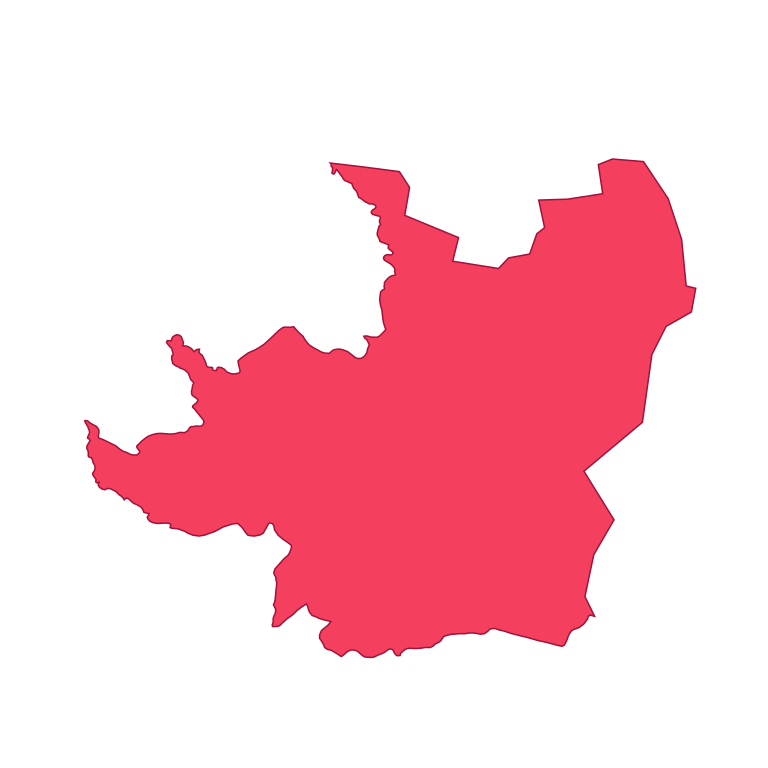 outline of Goris, Syunik, Armenia, rotated 193°
{"feature_id": "60910142B80914034873135", "entity_name": "Goris", "entity_type": "district", "adm_level": 2, "iso_a3": "ARM", "parent_name": "Armenia", "parent_adm1": "Syunik", "projection": "robinson", "projection_center": [46.432, 39.469], "detail": "fine", "context": "isolated", "style": "filled", "palette": "rose", "viewbox_px": 768, "rotation_deg": 193, "n_neighbors": 0, "source": "geoboundaries", "source_scale": "gbopen_adm2", "svg_char_len": 6171}
<svg xmlns="http://www.w3.org/2000/svg" viewBox="0 0 768 768"><g transform="rotate(193 384 384)"><path d="M486.1,587.2L484.9,586.3L484.3,584.1L482.9,583.5L482.4,581.4L482.1,577.6L480.3,577.2L479.5,578.0L478.6,582.3L477.3,581.5L473.0,577.7L471.3,576.5L469.8,574.6L468.1,573.5L460.4,572.0L459.6,570.6L458.8,569.6L457.6,567.8L454.7,566.0L453.2,564.4L452.4,562.9L450.6,560.2L447.9,559.4L443.0,557.1L441.6,557.1L439.8,556.3L438.2,556.3L436.1,556.8L432.9,556.4L431.7,555.1L432.2,553.0L434.2,551.1L435.1,549.4L434.8,547.8L433.3,546.8L428.6,546.4L426.3,546.5L425.0,545.6L424.9,544.0L425.2,542.4L424.8,540.6L423.2,538.9L424.4,536.6L424.6,529.9L423.9,527.2L422.2,525.5L421.4,524.5L420.0,522.0L417.9,521.6L412.8,521.0L410.6,520.6L410.7,518.0L410.2,516.9L404.8,514.4L405.0,512.3L406.1,511.4L410.5,510.6L412.3,509.0L412.9,507.3L412.5,505.8L411.3,504.7L403.9,502.2L400.3,499.8L399.1,498.1L398.9,495.8L397.4,493.1L398.2,492.3L400.4,491.4L402.2,490.1L404.0,487.8L405.8,484.6L406.4,482.7L406.0,481.2L405.9,479.0L405.5,478.7L405.0,476.4L406.9,474.9L408.0,473.1L407.7,469.2L407.0,464.7L405.1,459.9L402.6,455.4L400.8,450.1L398.5,444.0L394.5,437.3L399.0,429.9L401.3,428.0L407.2,426.8L411.6,427.0L414.4,426.0L413.2,424.5L410.7,423.3L407.2,419.0L407.9,414.2L407.8,410.6L409.1,407.1L411.7,404.0L415.0,403.0L417.3,403.1L423.1,405.7L426.6,407.4L432.0,408.1L435.6,408.0L440.3,406.3L442.6,403.9L444.3,401.5L449.4,400.8L452.7,401.2L460.5,403.4L465.3,405.1L468.8,407.5L471.8,410.2L473.6,412.3L478.6,415.0L485.0,419.5L488.0,418.2L494.3,416.9L495.6,415.9L498.4,412.7L504.5,403.4L509.9,395.6L513.4,391.9L517.1,388.4L523.3,383.8L529.1,377.1L531.4,373.8L531.0,372.3L527.0,364.0L527.6,362.1L532.5,360.0L535.9,359.7L539.8,360.4L543.0,362.5L546.1,363.4L548.9,363.1L550.0,362.6L550.1,361.1L550.6,359.5L552.3,358.9L554.1,359.2L554.7,361.3L556.0,361.5L557.8,360.9L559.9,361.0L561.1,361.9L562.7,365.0L565.8,369.1L567.8,371.2L570.2,372.3L571.5,373.4L571.6,376.4L573.1,376.0L574.9,374.9L576.0,372.9L577.1,373.3L579.5,375.2L583.0,376.3L585.4,376.6L586.9,376.1L588.7,376.0L588.7,379.2L592.0,384.3L594.1,385.5L597.0,385.4L599.1,383.9L600.5,382.3L600.9,380.2L601.1,378.3L604.9,377.5L605.3,375.8L603.3,373.8L598.5,370.5L597.9,368.9L596.8,367.2L596.0,365.4L597.1,363.7L596.6,361.0L596.4,360.3L595.5,358.7L594.4,356.4L590.8,354.8L588.4,354.5L586.6,353.7L583.9,353.4L581.1,352.8L577.1,350.5L574.3,346.3L573.5,344.9L569.7,342.5L569.8,341.2L570.2,339.2L569.9,336.3L570.0,333.7L569.1,330.9L568.2,329.8L565.0,328.5L562.3,327.2L561.6,325.7L562.4,323.7L565.3,319.9L565.3,318.2L563.3,317.2L551.5,307.9L551.0,306.0L551.1,303.8L552.2,302.1L554.3,301.4L558.0,300.7L560.1,299.7L562.5,299.0L563.6,297.7L564.8,294.1L567.4,291.7L571.9,291.0L575.8,288.9L580.1,287.3L590.3,285.7L594.5,284.5L598.0,282.7L601.9,280.2L605.0,276.7L607.5,273.5L609.2,270.6L610.9,268.1L610.5,266.5L606.8,263.3L606.9,261.8L608.9,259.2L612.8,258.4L615.1,258.4L619.2,259.4L622.8,259.7L626.5,261.0L631.6,263.5L643.6,266.3L646.7,266.9L649.5,267.0L650.7,269.1L650.8,272.4L651.3,274.5L652.5,276.2L654.6,277.9L661.6,279.9L664.2,281.3L665.9,281.5L667.3,280.8L666.4,279.4L663.1,275.9L660.7,272.3L660.0,270.7L660.2,268.2L660.8,265.8L660.6,264.5L658.8,264.0L657.7,262.8L658.5,260.0L659.5,256.9L659.2,254.8L658.0,252.9L657.0,251.7L656.0,247.4L655.1,246.5L652.5,246.3L650.8,244.2L649.8,242.0L648.2,240.4L646.8,238.4L646.6,236.5L646.7,234.2L647.7,231.9L647.5,230.3L646.2,228.9L643.1,226.2L643.0,224.1L642.1,223.1L640.6,223.4L639.6,224.2L639.9,221.8L639.3,220.7L638.2,219.5L635.1,218.2L632.0,218.2L630.5,219.7L627.6,220.5L621.1,219.0L617.4,216.6L615.5,216.0L612.7,214.4L611.1,212.7L610.1,214.2L608.2,215.1L605.9,214.1L603.3,212.4L601.0,211.4L597.9,210.9L594.2,209.8L592.7,209.2L590.7,207.2L589.0,204.9L583.8,204.8L584.0,203.7L584.7,200.7L583.4,199.2L581.6,197.7L577.9,196.9L573.5,197.1L565.1,199.5L562.1,199.9L560.2,199.2L560.2,196.1L558.6,195.7L552.5,196.5L549.9,196.3L544.9,195.6L541.4,194.5L536.0,193.7L530.2,194.2L525.0,196.3L515.9,202.1L512.5,205.0L508.8,208.4L500.0,213.6L495.2,215.2L490.3,212.5L486.8,209.3L482.7,206.1L480.5,206.1L476.0,206.7L470.7,209.1L468.1,211.5L465.9,218.9L465.2,221.8L463.9,223.1L461.6,223.0L459.6,221.3L457.8,217.2L453.4,213.0L447.8,210.1L442.4,208.0L437.9,205.9L437.4,203.2L438.0,198.8L438.9,195.5L441.7,192.0L446.7,182.9L448.7,179.1L449.0,175.4L448.1,173.7L446.2,171.8L445.1,168.7L443.9,166.6L443.3,163.2L443.0,159.7L441.7,150.6L441.5,146.8L442.1,144.0L439.0,140.5L438.3,136.4L438.9,134.1L439.3,130.9L438.7,128.3L438.4,126.2L438.8,124.2L438.0,122.6L433.7,123.7L432.0,124.5L430.3,126.4L429.7,127.8L427.0,131.4L425.6,133.5L421.7,137.8L418.9,141.8L417.8,143.8L415.7,146.1L414.8,147.5L410.1,152.2L408.3,150.1L407.0,147.5L405.4,145.0L402.0,142.3L397.5,141.8L394.5,141.0L390.9,140.7L382.2,140.6L384.4,136.3L388.5,131.1L389.6,129.3L390.3,124.9L389.6,121.7L387.8,120.2L383.8,116.0L382.9,114.3L381.7,113.5L379.1,112.6L375.5,112.7L367.6,110.1L364.7,108.9L363.9,109.2L362.5,110.8L360.5,113.7L359.1,115.3L356.7,117.2L353.9,118.0L350.1,117.8L343.4,114.3L341.0,113.7L338.3,114.1L334.2,114.9L332.1,115.8L329.3,118.2L326.4,120.1L323.4,122.4L319.5,126.8L317.2,127.4L315.5,127.0L313.7,124.6L312.2,123.2L310.5,122.3L309.5,122.3L307.2,123.1L307.2,125.3L304.7,129.0L302.2,131.3L299.2,132.4L295.3,133.0L291.6,133.9L287.2,135.4L284.7,136.5L279.8,137.6L277.0,139.9L276.0,141.8L272.4,144.8L270.9,146.5L269.5,150.6L267.8,152.3L262.3,155.2L259.1,156.1L255.3,157.4L249.0,158.9L245.3,160.4L241.1,161.5L237.6,161.8L233.8,161.9L230.4,163.1L228.8,164.5L226.9,166.9L225.5,169.2L220.8,170.8L215.9,170.2L211.5,170.3L204.8,169.6L192.7,169.3L188.0,169.3L176.7,168.7L166.7,168.8L156.0,168.4L151.5,168.5L149.6,170.1L148.4,174.2L147.5,181.3L145.8,185.7L143.9,187.5L139.2,190.5L135.8,194.4L134.8,196.2L134.1,198.0L132.8,200.6L132.8,203.1L131.4,205.2L126.5,205.0L140.4,222.1L141.2,264.8L129.3,303.4L169.6,344.0L123.6,404.8L129.6,473.0L122.1,503.6L100.7,523.3L101.8,547.4L111.6,547.5L126.5,591.8L148.8,628.5L181.2,659.1L212.1,654.6L224.5,646.0L213.7,618.6L246.7,605.4L274.6,598.0L262.7,572.5L268.9,564.8L271.3,543.4L291.0,534.9L298.4,522.3L344.7,519.1L344.3,543.4L401.7,553.0L403.3,581.3L416.8,594.4L453.5,590.8L486.1,587.2Z" fill="#f43f5e" stroke="#9f1239" stroke-width="1.5"/></g></svg>